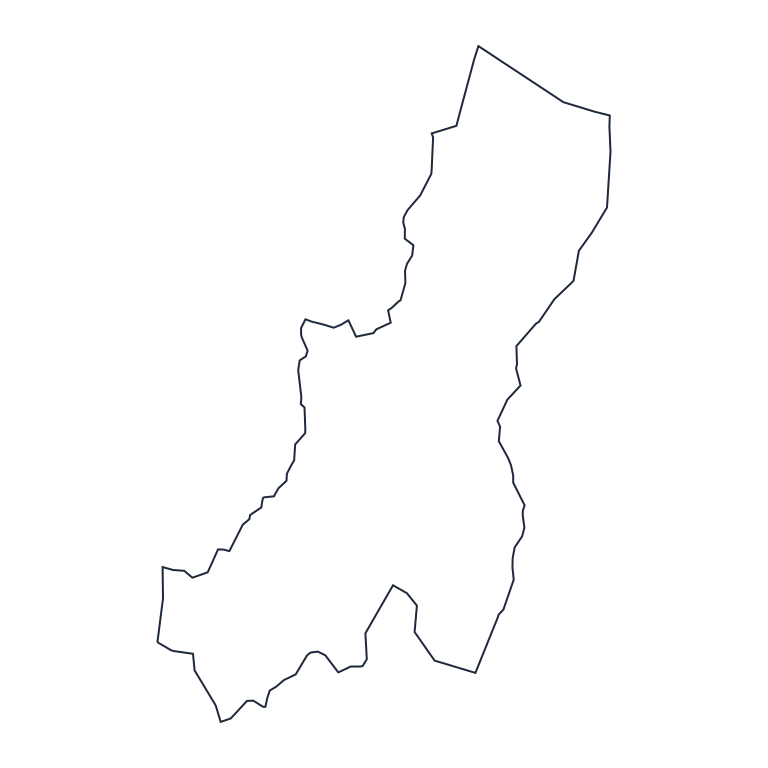 Iseyin, Oyo, Nigeria (Robinson projection)
{"feature_id": "59680162B71074793306885", "entity_name": "Iseyin", "entity_type": "district", "adm_level": 2, "iso_a3": "NGA", "parent_name": "Nigeria", "parent_adm1": "Oyo", "projection": "robinson", "projection_center": [3.548, 8.023], "detail": "fine", "context": "isolated", "style": "outline", "palette": "slate", "viewbox_px": 768, "rotation_deg": 0, "n_neighbors": 0, "source": "geoboundaries", "source_scale": "gbopen_adm2", "svg_char_len": 1973}
<svg xmlns="http://www.w3.org/2000/svg" viewBox="0 0 768 768"><path d="M163.0,598.5L157.5,641.6L158.2,642.7L171.0,650.2L173.3,651.0L193.0,653.8L194.6,670.4L215.5,705.1L216.6,708.4L220.7,721.9L230.8,718.4L247.0,700.9L253.3,700.7L263.1,706.8L265.4,706.8L267.3,698.0L269.8,690.5L276.3,686.6L283.2,680.7L284.1,680.0L295.7,674.4L307.1,655.3L310.5,652.6L317.8,651.6L325.3,655.3L338.3,672.4L350.8,666.5L360.2,666.5L362.6,666.1L366.8,659.2L365.4,633.3L393.0,585.3L406.9,593.2L416.9,605.6L414.6,632.0L434.6,660.6L475.4,672.9L498.1,616.6L498.6,614.6L503.4,609.6L513.6,580.0L513.7,579.3L512.5,567.8L512.5,563.9L512.7,557.9L514.7,547.3L522.1,536.4L524.4,527.8L522.7,514.9L522.8,510.8L524.6,505.3L513.2,482.6L513.2,475.5L511.0,465.2L508.0,457.8L498.8,441.2L500.1,426.7L497.5,420.9L497.5,420.7L507.4,399.6L520.5,385.5L516.1,368.5L516.2,367.5L517.0,364.2L516.4,346.1L536.1,323.5L538.9,321.9L554.3,299.3L573.5,280.9L578.9,250.7L591.7,232.9L607.0,207.5L610.5,151.8L609.4,126.3L609.8,115.5L594.3,111.6L563.4,102.2L478.4,46.1L474.3,58.9L459.2,115.1L456.4,125.8L431.7,133.4L433.1,137.4L431.7,169.0L431.3,173.9L420.2,195.4L407.7,209.9L403.8,217.0L403.2,222.6L404.9,228.7L404.8,238.7L413.4,245.3L412.2,255.5L407.0,263.8L405.0,270.8L405.4,283.0L400.5,300.4L398.6,301.4L391.5,308.1L388.1,310.3L390.7,322.7L376.4,329.3L373.4,333.1L356.1,336.7L348.4,320.3L340.7,324.9L333.6,327.7L325.7,325.2L319.8,323.6L311.9,321.7L305.5,319.3L305.4,319.4L301.1,328.0L301.1,334.6L301.9,337.7L307.6,350.6L305.8,356.4L299.7,360.4L298.2,370.2L301.2,395.7L301.3,398.6L300.8,404.1L302.6,405.7L304.5,407.4L305.3,428.5L305.2,433.1L304.8,433.6L295.2,444.4L294.4,456.2L294.2,460.2L290.6,466.5L286.9,473.7L286.5,480.8L278.6,488.1L275.3,493.7L274.0,496.3L264.5,497.3L263.4,497.6L263.0,498.2L262.4,500.4L261.3,507.5L250.2,514.9L249.3,519.2L242.7,524.8L229.4,551.1L223.6,549.6L218.0,549.4L212.4,562.0L207.7,572.3L192.4,577.7L184.2,570.8L173.2,570.0L162.6,567.1L163.0,598.5Z" fill="none" stroke="#1e293b" stroke-width="2"/></svg>